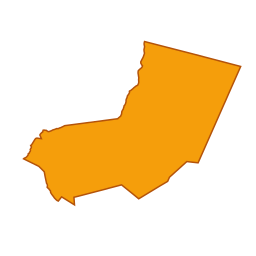 Canto do Buriti, Piauí, Brazil (Mercator projection), rotated 195°
{"feature_id": "56859067B86089589706216", "entity_name": "Canto do Buriti", "entity_type": "district", "adm_level": 2, "iso_a3": "BRA", "parent_name": "Brazil", "parent_adm1": "Piauí", "projection": "mercator", "projection_center": [-43.146, -8.333], "detail": "fine", "context": "isolated", "style": "filled", "palette": "amber", "viewbox_px": 256, "rotation_deg": 195, "n_neighbors": 0, "source": "geoboundaries", "source_scale": "gbopen_adm2", "svg_char_len": 2144}
<svg xmlns="http://www.w3.org/2000/svg" viewBox="0 0 256 256"><g transform="rotate(195 128 128)"><path d="M39.7,187.1L35.6,213.3L35.1,216.6L87.4,216.3L134.4,215.8L134.4,214.6L134.3,213.8L134.1,213.0L133.3,211.4L133.0,210.7L132.9,208.9L132.9,208.2L132.7,207.4L132.0,205.6L131.5,204.8L131.4,203.9L131.7,200.2L132.2,198.1L132.8,195.1L132.3,193.8L131.8,193.4L131.2,192.6L130.1,191.8L130.1,190.9L130.5,189.6L131.1,188.9L131.6,188.2L132.1,187.3L132.7,186.5L132.9,185.9L132.8,185.0L132.6,184.0L132.3,183.1L131.9,182.3L131.1,180.4L130.7,179.6L130.5,178.8L130.3,177.5L129.5,175.1L129.4,174.3L129.5,173.1L129.6,172.4L129.8,171.7L130.6,171.1L131.3,170.4L132.0,169.4L132.7,168.5L133.4,167.3L135.2,164.8L136.1,164.1L136.1,163.4L135.7,162.5L136.1,161.0L136.9,158.8L136.8,157.5L136.9,156.6L137.1,155.5L137.1,154.5L136.7,152.9L136.7,151.9L136.7,150.9L137.0,149.4L137.5,148.5L137.4,147.0L137.5,146.2L137.5,144.8L137.8,144.1L138.0,143.2L138.2,142.3L138.1,141.5L137.8,139.5L138.1,138.6L138.1,137.7L138.5,137.1L139.1,136.2L139.9,135.1L140.3,134.3L189.7,113.9L190.4,113.3L191.2,112.5L191.8,112.1L192.4,111.5L193.0,111.0L194.0,110.4L195.3,109.3L196.7,109.0L197.5,108.4L198.4,107.7L200.1,106.7L201.0,105.8L201.9,105.1L203.5,104.0L204.5,103.9L205.4,104.2L206.4,104.6L207.6,104.3L208.5,104.3L209.4,103.9L209.4,102.0L209.9,101.6L210.4,100.8L210.9,99.9L211.2,99.1L211.3,98.4L208.9,95.3L210.8,95.0L213.3,94.7L214.1,94.3L214.6,93.7L214.9,93.0L215.2,92.1L216.9,86.4L217.5,86.0L217.1,85.5L216.4,84.8L216.4,83.6L216.7,82.8L216.9,82.0L216.4,81.1L216.4,80.1L216.9,79.0L216.9,78.0L217.7,77.3L217.5,76.1L217.9,75.0L218.4,73.9L219.1,73.0L219.7,72.5L220.5,71.9L220.9,71.2L204.2,67.9L197.6,64.1L195.5,59.7L192.3,53.4L191.5,52.8L191.0,51.8L190.8,51.0L190.8,49.9L190.0,49.3L189.2,49.1L187.9,48.0L187.2,47.6L186.6,47.1L186.3,46.2L185.9,45.5L184.7,44.4L183.6,43.5L181.9,42.2L181.0,41.4L178.8,40.1L177.7,39.6L176.4,39.4L174.3,44.3L159.8,39.9L162.3,47.1L158.1,49.4L132.9,63.7L131.1,64.8L119.5,71.4L107.5,66.1L99.3,62.4L81.8,80.7L80.0,82.5L75.9,86.7L75.2,91.2L62.5,110.8L51.3,112.5L44.8,154.2L41.5,175.5L40.9,179.1L39.7,187.1Z" fill="#f59e0b" stroke="#b45309" stroke-width="1.5"/></g></svg>